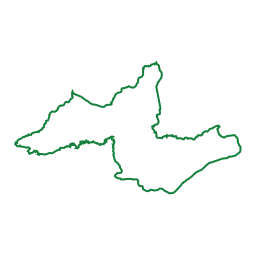 Nova Brasilândia, Mato Grosso, Brazil (Albers equal-area conic projection)
{"feature_id": "56859067B53248656443565", "entity_name": "Nova Brasilândia", "entity_type": "district", "adm_level": 2, "iso_a3": "BRA", "parent_name": "Brazil", "parent_adm1": "Mato Grosso", "projection": "albers", "projection_center": [-55.084, -14.745], "detail": "fine", "context": "isolated", "style": "outline", "palette": "green", "viewbox_px": 256, "rotation_deg": 0, "n_neighbors": 0, "source": "geoboundaries", "source_scale": "gbopen_adm2", "svg_char_len": 5867}
<svg xmlns="http://www.w3.org/2000/svg" viewBox="0 0 256 256"><path d="M191.6,176.6L195.1,173.1L197.9,171.4L201.5,169.9L205.4,166.3L205.9,165.5L207.1,164.7L209.4,162.8L211.3,162.5L222.4,158.6L227.3,158.1L227.9,157.6L228.4,156.9L231.9,156.5L235.4,155.6L239.4,152.5L240.2,151.6L240.6,147.7L240.1,146.2L239.2,145.4L238.0,142.3L237.6,138.6L237.1,137.8L234.5,135.1L227.7,136.0L225.9,136.5L224.7,137.5L223.3,137.3L221.6,136.5L220.8,136.1L220.4,135.3L219.2,134.7L217.9,131.2L217.4,129.1L218.0,128.8L218.3,128.2L218.3,127.5L219.5,126.7L218.7,125.7L216.9,125.9L215.0,126.6L212.4,128.3L209.7,129.0L207.5,131.6L205.8,131.2L205.0,131.4L202.5,133.1L202.6,134.1L201.9,135.1L200.4,135.5L199.8,135.1L198.5,135.5L197.6,135.5L197.2,136.9L195.7,137.3L194.8,138.9L194.4,139.3L193.6,139.6L192.4,139.0L191.7,138.4L189.0,138.4L187.7,138.7L187.4,138.0L186.2,137.5L184.7,138.0L184.3,138.9L183.7,139.3L181.9,138.8L181.4,138.4L180.1,138.1L179.6,138.4L176.7,138.4L176.7,137.6L176.4,137.1L176.3,136.3L175.9,136.0L175.0,136.5L174.1,136.7L173.8,136.1L172.0,136.1L172.0,135.4L171.4,135.7L170.4,135.5L168.6,135.8L167.9,135.8L167.1,135.2L166.7,137.0L165.8,136.0L163.8,136.3L163.4,136.8L162.4,137.1L162.0,137.6L162.0,138.2L157.2,137.7L156.3,136.2L156.6,135.5L156.0,132.6L155.4,133.0L154.6,132.5L155.0,132.0L154.6,131.5L154.4,130.5L153.9,129.8L152.5,128.7L152.8,127.8L152.1,126.6L152.6,126.2L154.1,126.2L154.2,125.2L155.1,124.8L157.3,124.4L158.6,122.2L158.5,120.9L157.7,118.5L156.7,116.8L157.2,116.3L157.0,114.8L159.7,114.1L160.0,113.3L159.9,111.4L159.5,109.8L160.4,109.2L160.1,106.5L156.3,86.6L157.3,84.5L157.9,82.3L159.1,81.1L159.5,80.3L160.9,78.4L161.6,76.8L161.8,74.7L161.6,72.8L160.8,71.3L160.1,70.9L159.7,70.1L159.7,69.1L159.2,68.5L159.0,65.9L157.8,64.5L156.9,64.2L156.5,63.4L156.3,62.6L155.8,63.2L154.6,63.6L154.6,64.3L153.9,64.0L153.0,64.1L152.0,64.6L151.2,64.6L150.6,65.8L149.7,66.0L149.1,65.8L148.6,66.4L148.1,66.1L146.9,66.3L145.8,66.0L145.0,66.0L144.7,66.6L143.5,67.4L143.7,68.4L143.1,68.5L142.9,69.1L143.2,69.9L143.0,72.0L143.2,74.3L142.5,75.9L140.9,77.4L139.4,77.5L138.7,78.0L138.2,79.6L138.1,82.2L137.5,82.7L135.6,86.2L133.7,87.6L132.8,87.6L132.0,87.3L131.1,87.4L128.6,86.2L127.3,87.3L126.0,87.3L124.3,88.2L122.7,88.2L122.0,88.4L121.6,88.9L121.5,90.8L121.0,91.8L120.2,92.3L117.9,92.8L116.3,93.7L115.8,94.2L114.9,95.9L114.2,97.8L113.2,98.6L112.3,101.7L111.4,102.2L111.0,102.8L111.5,103.6L111.6,104.2L110.9,104.7L107.0,104.9L106.1,105.1L104.4,106.7L103.2,106.9L100.9,106.6L95.9,104.8L92.6,104.4L90.2,103.2L88.1,101.4L85.6,100.1L81.4,96.9L73.5,93.6L72.5,91.5L72.1,92.6L72.0,93.4L72.4,94.9L72.0,95.6L72.1,96.2L72.6,96.7L72.7,97.4L72.1,98.3L70.6,99.1L69.5,100.8L69.2,101.7L68.7,102.2L67.0,102.2L66.5,101.9L65.6,102.1L64.7,103.3L63.9,105.0L61.9,105.7L61.5,105.4L59.6,106.0L57.8,108.1L57.9,109.0L56.2,111.1L55.5,111.2L55.0,111.6L54.2,111.9L52.6,111.4L51.8,111.6L50.6,112.8L49.9,113.6L49.8,114.4L49.2,115.0L49.5,115.8L48.4,119.6L47.9,120.5L46.2,120.8L46.3,121.4L45.9,122.2L45.9,123.0L45.4,123.2L45.1,123.9L44.4,124.1L44.0,125.5L44.1,126.3L43.5,127.6L42.6,127.8L42.2,128.4L42.3,128.9L41.5,129.8L39.1,130.9L39.2,131.6L38.8,132.0L38.3,132.1L37.4,131.7L32.9,132.9L31.5,133.8L31.1,134.8L30.5,134.5L28.4,135.4L28.1,134.9L27.7,135.7L26.8,136.0L25.7,135.8L24.6,137.0L23.6,136.8L20.7,138.8L19.3,139.3L18.0,140.1L17.3,141.2L17.1,143.0L16.2,143.2L15.7,142.7L15.4,143.3L15.4,144.7L16.4,145.2L17.6,146.3L19.4,146.2L19.9,145.6L20.8,146.6L23.4,146.8L26.6,147.7L27.9,147.4L29.4,147.7L29.9,148.7L27.8,151.2L28.6,151.7L29.2,153.6L29.9,153.8L30.5,153.1L31.2,152.9L31.8,153.1L33.0,152.3L34.4,150.6L35.1,151.1L35.6,152.0L36.8,150.9L38.2,152.7L37.6,154.2L38.7,154.7L39.4,154.8L39.8,154.0L42.5,154.0L44.0,154.6L47.1,154.0L49.3,153.0L51.2,153.2L52.7,153.1L53.5,152.4L58.2,149.8L59.9,149.8L60.1,148.0L60.8,147.8L64.4,147.8L65.1,147.0L66.1,146.8L66.7,146.1L67.6,146.6L68.7,146.2L70.2,147.0L70.3,145.6L71.3,145.2L70.3,144.3L70.9,143.9L72.5,143.4L73.3,143.5L73.4,145.0L74.0,145.0L74.5,144.4L75.6,146.0L76.2,146.4L76.7,147.4L76.0,148.1L77.5,148.3L78.6,147.4L78.8,145.6L79.3,144.9L80.7,144.6L81.5,143.7L80.6,143.6L80.2,142.9L80.4,141.7L81.2,141.7L82.1,141.4L82.7,142.1L83.2,141.5L84.0,141.5L83.7,142.4L83.8,143.3L84.4,142.9L84.8,142.3L85.2,142.7L85.9,142.6L86.2,142.0L86.0,141.4L86.2,140.6L87.5,141.5L88.2,141.4L88.7,142.1L88.2,142.7L88.8,143.2L90.3,142.4L91.7,142.2L92.6,142.4L93.2,141.4L95.2,142.8L95.8,143.1L96.8,142.9L97.2,143.7L97.9,143.6L99.8,144.7L100.2,144.1L100.7,144.7L101.2,144.1L103.7,144.2L103.8,143.2L104.8,143.1L105.0,141.8L104.6,140.9L104.7,140.3L105.2,139.9L105.5,141.3L106.3,141.6L106.2,140.6L107.5,138.5L109.0,138.5L109.5,137.7L110.6,137.3L111.2,136.7L112.2,136.5L112.9,136.8L111.9,137.4L111.5,138.0L111.7,138.9L112.2,139.7L113.7,139.5L114.3,141.2L113.7,141.6L114.2,142.0L114.3,142.8L113.6,144.1L112.8,144.3L113.6,145.6L113.1,146.0L112.9,146.7L112.9,147.6L113.5,147.8L113.5,149.5L113.0,151.1L113.6,152.3L113.8,153.3L113.9,154.1L113.3,154.8L114.2,157.8L114.5,158.4L114.5,159.3L114.9,159.9L115.6,161.7L117.5,162.9L118.4,164.0L118.5,164.5L119.4,165.3L119.9,166.0L119.9,167.5L120.3,167.9L121.8,170.7L121.8,171.4L121.1,172.7L116.9,173.3L116.5,174.0L115.6,174.6L115.1,175.3L114.9,175.9L115.2,176.6L115.6,177.0L118.2,178.4L119.8,178.4L120.7,178.6L121.1,179.4L122.4,179.6L123.1,179.3L124.7,179.5L125.4,179.1L128.2,178.8L129.0,179.0L131.2,178.9L133.3,179.6L134.9,179.3L136.7,179.3L137.5,179.7L138.2,181.0L138.3,182.1L138.1,183.2L138.2,183.9L139.1,185.6L140.3,186.2L142.4,186.2L142.8,186.9L142.9,188.9L143.4,189.4L145.3,190.5L147.3,191.1L148.8,191.1L149.5,190.3L150.5,189.8L151.2,189.8L154.5,190.5L157.0,190.1L158.0,189.9L159.1,188.8L160.9,188.6L161.9,188.7L163.0,189.3L164.2,190.6L168.0,192.4L169.5,193.4L170.9,193.1L172.8,193.1L174.2,192.3L176.3,190.4L181.0,185.3L182.3,183.3L183.2,182.8L183.9,181.9L184.7,181.8L185.3,181.3L186.6,180.0L188.7,178.8L191.6,176.6Z" fill="none" stroke="#15803d" stroke-width="2"/></svg>